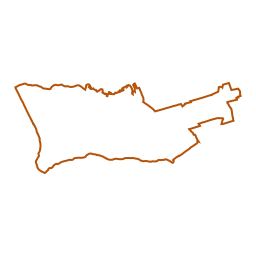 Parava, Bacau, Romania (Equal Earth projection)
{"feature_id": "2599482B9690347747370", "entity_name": "Parava", "entity_type": "district", "adm_level": 2, "iso_a3": "ROU", "parent_name": "Romania", "parent_adm1": "Bacau", "projection": "equal_earth", "projection_center": [26.963, 46.307], "detail": "fine", "context": "isolated", "style": "outline", "palette": "amber", "viewbox_px": 256, "rotation_deg": 0, "n_neighbors": 0, "source": "geoboundaries", "source_scale": "gbopen_adm2", "svg_char_len": 5527}
<svg xmlns="http://www.w3.org/2000/svg" viewBox="0 0 256 256"><path d="M233.5,120.7L233.2,119.8L233.0,118.1L232.5,116.2L231.8,111.3L231.3,108.7L230.3,107.6L229.1,105.7L228.4,104.3L227.4,102.9L227.3,102.0L236.9,99.7L236.3,98.1L238.2,97.6L237.8,96.8L240.6,95.9L240.2,94.9L240.1,93.9L240.1,92.1L239.9,91.1L238.2,88.7L231.4,90.0L228.9,83.0L223.0,84.7L222.4,87.4L222.1,87.0L219.9,86.8L218.8,87.2L218.7,87.4L218.9,87.7L218.7,88.6L218.2,91.7L214.1,93.6L212.4,94.2L211.9,94.8L211.6,95.1L210.8,95.0L210.6,95.1L208.4,95.8L202.5,97.7L190.7,101.1L190.8,101.2L190.3,101.4L190.8,102.2L185.4,103.5L185.7,103.8L182.5,106.4L181.0,104.0L177.9,104.8L177.7,105.0L172.9,106.2L171.4,106.7L167.8,107.8L166.5,108.0L164.6,108.7L155.1,111.4L153.4,109.5L151.8,108.1L147.0,104.5L145.9,103.9L144.3,102.7L143.1,101.9L143.5,100.8L143.5,100.4L143.5,99.9L143.4,99.6L143.4,97.9L142.9,97.0L142.2,95.3L141.8,94.6L141.6,93.7L139.4,88.4L139.2,87.9L137.1,88.4L134.8,83.5L133.8,84.0L133.6,84.5L133.2,84.9L133.4,85.4L134.9,88.5L134.7,89.8L134.9,91.7L134.4,91.3L133.8,91.3L133.1,91.9L132.8,92.2L132.7,92.7L132.8,94.3L132.5,94.1L132.2,93.5L132.0,93.0L132.1,92.4L132.5,90.9L132.4,90.2L132.0,89.4L132.0,88.9L131.5,88.1L131.4,87.3L131.1,87.1L130.8,86.9L130.4,86.2L129.8,85.4L128.9,85.2L128.0,85.8L127.5,86.4L127.6,85.4L126.8,85.7L125.9,86.6L125.4,86.7L124.3,87.6L123.8,87.4L123.4,87.5L122.9,87.9L122.8,88.2L122.2,88.5L122.3,88.7L122.7,89.5L123.5,90.0L123.5,90.3L123.2,90.4L123.2,90.2L122.7,89.9L122.3,89.7L122.1,89.7L121.8,90.3L121.9,90.8L121.5,91.0L121.1,91.1L121.1,90.9L120.3,90.3L120.0,90.2L119.9,90.3L119.9,90.7L120.4,91.5L120.1,91.8L119.1,92.1L118.8,91.9L118.8,92.2L118.1,92.3L117.3,92.7L116.2,92.7L116.0,93.0L115.2,92.8L114.9,93.5L114.2,93.8L114.0,94.2L113.5,94.1L111.9,94.1L111.4,94.1L110.8,94.0L110.7,93.8L110.8,92.9L110.4,92.8L110.4,93.1L110.6,93.4L110.6,93.9L109.6,93.9L109.4,93.8L109.4,93.6L109.6,93.3L109.5,92.9L109.6,92.3L109.3,92.0L109.1,92.0L108.8,93.5L108.4,93.6L108.2,94.0L107.9,94.1L107.5,95.9L107.4,96.2L106.9,96.1L107.0,94.6L106.9,94.2L106.5,94.0L106.3,94.1L105.7,93.9L105.4,93.7L105.3,94.0L105.1,94.2L104.3,93.7L104.1,93.7L103.6,93.1L102.5,92.7L102.4,92.5L102.6,92.3L102.8,91.8L102.8,91.4L102.5,91.0L102.6,90.2L102.5,89.5L101.0,89.1L100.4,89.5L99.7,89.8L99.4,90.4L98.7,90.8L97.9,91.2L97.4,91.2L97.3,91.6L96.7,91.5L96.6,91.2L96.3,90.8L96.2,90.2L94.4,89.6L93.5,88.9L93.3,88.4L93.0,88.4L92.2,88.9L91.6,89.0L90.8,89.0L88.8,87.0L89.2,86.4L90.8,87.8L90.9,87.5L90.6,87.0L90.5,86.5L89.7,85.4L89.5,84.9L89.2,84.6L88.2,84.3L87.4,84.5L86.4,85.0L86.2,85.3L86.0,86.9L85.2,89.7L82.8,88.1L82.1,87.3L81.7,87.0L79.1,85.4L77.9,85.3L76.2,85.6L75.8,85.8L74.3,86.4L72.8,86.8L70.9,87.0L70.2,86.9L67.5,86.2L66.0,86.4L65.2,86.4L63.6,85.8L62.8,85.4L61.8,84.6L61.4,84.6L61.0,84.6L60.0,85.0L58.0,85.3L56.2,84.9L55.2,84.8L54.6,85.0L53.8,85.3L51.8,86.8L51.0,87.8L50.7,88.6L50.3,89.0L49.7,89.2L49.0,89.2L47.4,88.9L46.5,88.9L46.1,88.7L44.9,88.5L43.6,88.5L43.0,88.3L41.0,86.8L39.7,86.5L36.7,85.2L33.9,85.3L32.6,85.5L32.0,85.5L30.5,84.9L28.8,85.0L27.5,84.7L25.8,83.8L25.2,83.6L24.0,83.7L22.3,84.4L19.8,85.0L19.0,85.4L17.0,86.5L15.4,87.3L15.6,88.2L18.2,93.3L18.5,93.6L18.8,94.5L20.9,98.9L22.6,102.0L23.1,102.8L24.2,105.5L24.9,106.8L27.2,111.7L28.3,113.8L29.3,116.0L30.8,118.7L30.8,119.0L31.3,120.0L31.6,120.2L31.9,121.1L32.1,121.3L32.4,122.1L32.9,122.9L33.0,123.4L33.4,123.7L33.7,124.2L33.5,124.4L34.7,125.9L35.3,127.3L36.1,128.8L36.4,130.0L36.9,132.3L37.4,133.3L37.7,133.5L39.6,138.3L39.7,138.6L39.6,139.0L39.7,140.6L40.1,142.1L40.1,142.7L40.4,143.4L40.5,146.4L40.3,147.7L40.3,148.6L39.8,150.9L39.5,151.5L39.3,152.1L38.5,153.3L38.4,153.7L38.8,155.1L39.0,155.8L38.3,157.2L37.9,157.6L37.4,158.3L37.1,159.3L36.1,160.6L36.0,161.2L35.9,162.5L36.8,164.9L37.4,167.2L37.9,168.4L38.5,169.2L39.1,169.8L41.2,171.3L44.8,173.0L45.4,172.6L46.7,171.2L47.8,170.4L48.1,170.1L48.6,168.6L49.6,168.1L50.5,168.1L51.8,167.8L52.1,167.6L52.7,167.1L53.2,166.1L53.6,165.6L54.3,164.9L55.2,164.3L56.7,163.8L57.4,164.1L58.0,163.9L59.1,163.5L61.2,162.1L64.5,161.1L67.3,160.5L69.0,159.9L69.8,159.8L71.2,160.0L72.6,159.7L73.2,159.4L74.1,158.4L75.6,158.0L78.6,157.7L80.9,157.8L82.6,157.7L84.4,157.3L85.6,156.7L86.0,155.9L86.7,155.2L89.0,153.8L89.7,153.6L91.4,153.6L92.1,153.8L92.8,154.0L93.0,154.2L94.3,154.3L95.1,154.3L96.1,154.7L97.0,154.8L97.1,155.1L98.8,155.2L99.5,155.3L100.5,155.8L103.0,156.6L104.2,157.4L105.1,157.7L105.4,158.0L106.2,158.4L106.1,158.5L106.3,158.6L106.5,158.5L107.9,159.2L109.1,159.7L112.2,159.8L114.3,159.0L116.5,158.7L118.3,159.1L120.3,159.2L122.0,159.2L122.6,159.1L124.0,158.6L125.0,158.1L128.4,158.0L130.7,158.1L132.9,158.0L135.3,158.5L137.3,158.8L138.7,159.2L141.0,160.7L143.1,161.2L145.5,161.0L148.0,161.3L150.6,161.8L152.2,161.3L154.7,161.4L156.6,161.3L157.1,161.1L157.7,160.4L158.8,160.0L159.5,159.9L161.5,160.1L163.0,159.8L164.1,159.9L165.0,159.4L165.4,159.3L167.0,159.6L170.8,161.6L171.7,162.4L172.8,162.8L173.4,162.0L173.8,161.0L173.7,160.7L173.1,160.1L173.2,159.8L173.4,159.6L177.0,156.9L177.7,156.6L178.6,155.8L179.1,156.1L181.2,154.7L182.5,153.8L184.2,152.4L190.0,148.4L190.1,147.9L195.7,144.2L196.7,143.5L197.3,142.9L197.5,142.4L197.5,141.7L197.4,141.1L197.8,140.9L198.5,141.3L198.4,141.1L197.6,140.3L197.3,139.7L196.8,138.5L195.9,136.8L195.8,136.0L195.3,135.1L194.9,134.7L193.7,134.8L192.9,132.8L191.7,132.0L190.6,130.8L190.0,129.8L189.5,129.3L189.3,129.4L189.2,129.2L189.3,129.2L200.0,125.9L198.6,123.8L203.4,122.2L203.5,122.3L211.5,119.7L217.5,118.1L222.9,118.3L223.2,118.8L222.4,120.6L221.5,124.1L223.6,123.8L233.5,120.7Z" fill="none" stroke="#b45309" stroke-width="2"/></svg>